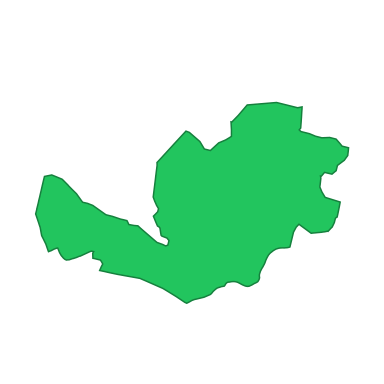 As Saddah, Ibb, Yemen (orthographic projection), rotated 14°
{"feature_id": "15242507B85155495853150", "entity_name": "As Saddah", "entity_type": "district", "adm_level": 2, "iso_a3": "YEM", "parent_name": "Yemen", "parent_adm1": "Ibb", "projection": "orthographic", "projection_center": [44.391, 14.166], "detail": "fine", "context": "isolated", "style": "filled", "palette": "green", "viewbox_px": 384, "rotation_deg": 14, "n_neighbors": 0, "source": "geoboundaries", "source_scale": "gbopen_adm2", "svg_char_len": 4611}
<svg xmlns="http://www.w3.org/2000/svg" viewBox="0 0 384 384"><g transform="rotate(14 192 192)"><path d="M45.1,212.6L45.1,216.2L45.2,223.6L45.3,227.7L45.3,229.2L45.4,233.9L45.4,234.2L45.4,236.5L45.4,237.4L45.5,239.9L45.5,243.1L45.5,244.9L45.5,245.6L45.5,246.0L45.6,246.9L45.6,248.2L45.6,251.1L50.8,259.2L52.2,261.5L53.2,263.0L54.2,265.2L55.4,267.9L56.7,270.7L57.8,272.0L59.2,273.6L61.2,276.0L62.8,277.9L66.5,283.6L67.2,284.6L68.6,283.6L69.3,283.2L72.1,280.7L73.3,279.9L74.2,279.3L74.6,279.1L75.3,278.9L78.2,282.9L80.5,285.3L81.4,285.9L83.3,287.3L85.0,288.1L86.6,288.4L87.8,287.9L89.2,287.5L92.6,285.3L92.8,285.3L95.7,283.5L98.5,281.4L99.0,281.3L107.2,274.7L108.7,273.7L111.0,273.6L110.5,275.5L111.9,280.3L113.2,280.2L116.0,280.2L119.6,280.2L121.6,282.1L122.8,283.5L122.1,286.3L121.4,290.5L126.7,290.3L127.8,290.3L132.3,290.2L140.3,289.9L142.9,289.7L146.2,289.5L162.3,288.4L169.6,289.6L187.0,292.6L190.0,293.5L193.2,294.5L202.0,297.3L211.7,300.8L213.8,301.2L215.8,299.5L218.2,297.2L220.4,295.7L222.6,294.6L224.5,293.6L229.1,291.2L234.5,287.1L235.0,286.5L235.7,285.3L236.1,284.4L236.4,283.7L237.0,282.7L238.0,281.2L238.9,280.0L239.8,279.0L240.9,278.3L241.9,277.7L242.4,277.4L243.6,276.6L244.9,276.1L246.1,275.5L246.6,274.3L247.0,272.8L247.7,271.6L248.9,270.7L250.2,270.3L250.3,270.3L251.4,269.7L252.0,269.5L252.7,269.2L252.8,269.2L254.1,268.8L255.4,268.6L256.4,268.5L256.5,268.5L256.8,268.5L258.3,268.6L259.6,268.9L260.9,269.2L262.3,269.6L263.3,269.8L263.6,269.9L265.0,270.1L266.3,270.3L267.6,270.3L269.0,270.1L269.4,269.9L270.2,269.6L270.6,269.3L271.3,268.7L272.6,267.7L273.6,266.7L274.6,265.7L275.9,264.7L276.7,264.0L277.6,263.0L277.7,262.5L277.9,262.0L278.0,261.7L278.3,260.2L278.3,258.8L278.0,258.2L277.8,257.5L277.4,256.2L277.4,255.7L277.4,254.7L277.5,253.4L277.6,252.0L277.7,251.8L278.0,250.5L278.3,249.2L278.8,247.8L279.1,246.5L279.5,245.0L279.8,243.6L280.0,242.0L280.1,240.6L280.4,238.9L280.7,237.5L281.1,236.0L281.5,234.6L282.2,233.2L282.3,233.0L282.9,232.0L283.8,230.9L284.6,229.8L285.5,228.8L285.6,228.7L286.5,227.8L287.5,226.9L288.7,226.2L289.9,225.5L291.1,225.0L292.4,224.6L293.7,224.2L294.9,224.0L296.2,223.5L297.6,223.1L298.9,222.5L300.3,221.7L300.2,206.4L301.6,200.9L303.6,197.4L304.5,197.8L317.6,203.2L318.3,202.9L319.7,202.4L321.2,201.9L322.6,201.4L324.0,200.9L325.8,200.3L326.3,200.1L327.2,199.8L328.8,199.1L330.2,198.6L331.5,198.0L332.7,197.4L333.0,197.2L333.5,197.3L335.6,193.5L336.5,192.1L337.0,189.7L337.5,187.2L337.5,184.8L337.5,183.6L337.6,182.7L338.1,181.9L338.9,181.2L338.8,177.8L338.7,175.4L338.5,170.8L338.2,165.9L325.8,165.2L322.5,165.0L318.6,161.1L318.1,160.6L314.8,156.2L314.7,155.1L314.6,154.9L314.6,154.3L314.3,151.9L313.7,147.5L312.8,145.4L313.7,145.3L315.8,141.1L315.9,140.9L316.3,140.9L317.0,140.9L323.5,140.8L325.1,138.6L325.6,137.9L326.7,136.5L326.7,136.1L326.7,131.0L326.8,130.9L331.5,125.1L332.1,124.4L332.3,123.9L333.4,121.1L334.3,118.9L334.0,116.8L333.8,115.1L333.7,114.4L333.2,111.2L331.8,111.2L327.3,111.2L326.7,111.3L323.6,109.0L321.9,107.8L321.3,107.4L319.3,106.0L319.0,105.8L316.6,105.8L312.5,105.8L311.7,106.0L307.3,107.3L304.9,108.0L304.0,108.0L303.1,108.0L298.3,108.0L295.8,107.6L291.8,107.0L283.1,107.0L281.0,105.8L282.0,103.7L281.1,98.5L280.2,93.4L279.8,91.3L279.1,87.6L278.7,85.1L278.2,82.8L274.1,84.7L263.4,84.7L262.9,84.7L261.7,84.7L252.4,84.7L243.6,87.7L232.1,91.6L224.5,94.2L223.3,96.6L218.3,106.6L217.9,107.3L213.7,114.5L212.9,114.5L215.3,122.3L216.8,128.5L215.2,130.2L212.2,133.2L210.8,134.3L206.0,137.9L200.8,145.8L200.0,147.0L199.8,147.3L193.6,147.3L193.2,146.9L187.4,141.1L175.0,134.8L171.4,134.4L170.2,136.6L162.5,150.6L162.2,151.2L151.2,171.4L150.9,171.8L151.4,173.5L151.6,174.4L151.7,174.7L151.8,175.5L152.5,181.4L152.9,184.5L152.9,184.8L153.4,188.4L155.5,205.6L155.5,205.8L155.6,206.3L156.6,207.8L157.5,209.1L158.1,210.0L159.3,211.5L160.9,213.6L163.2,215.9L163.5,216.2L163.5,219.5L161.8,222.5L160.4,224.8L163.9,229.6L166.8,233.4L167.8,233.6L169.0,234.2L169.7,234.9L171.6,239.5L172.5,241.5L173.5,242.1L178.5,242.7L178.8,242.7L180.2,243.8L181.4,244.7L181.4,247.2L181.4,249.4L179.5,250.7L176.2,250.0L171.3,249.5L170.2,249.4L169.4,249.0L155.7,242.1L155.1,241.8L154.9,241.7L150.6,239.5L147.7,237.9L143.9,238.5L139.3,238.8L138.5,238.8L137.8,237.8L136.6,236.4L135.8,235.5L132.1,235.5L129.3,235.6L120.7,234.9L114.1,234.9L113.3,234.6L112.9,234.5L112.7,234.4L105.3,231.5L100.7,229.7L98.9,229.0L95.6,228.6L93.6,228.3L88.3,228.4L88.2,228.3L85.8,226.3L84.4,225.1L83.8,224.6L81.2,222.4L80.4,221.7L75.5,218.8L70.9,216.0L70.3,215.5L64.9,212.2L63.4,211.3L62.8,211.0L56.1,210.0L51.8,209.4L45.1,212.6Z" fill="#22c55e" stroke="#15803d" stroke-width="1.5"/></g></svg>